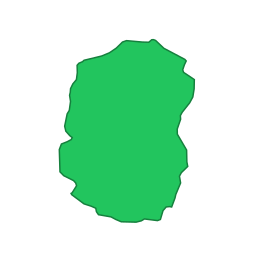 outline of North Macedonia, rotated 294°
{"feature_id": "MKD", "entity_name": "North Macedonia", "entity_type": "country or territory", "adm_level": 0, "iso_a3": "MKD", "parent_name": "Europe", "parent_adm1": "", "projection": "mercator", "projection_center": [21.64, 41.604], "detail": "fine", "context": "isolated", "style": "filled", "palette": "green", "viewbox_px": 256, "rotation_deg": 294, "n_neighbors": 0, "source": "natural_earth", "source_scale": "50m", "svg_char_len": 1077}
<svg xmlns="http://www.w3.org/2000/svg" viewBox="0 0 256 256"><g transform="rotate(294 128 128)"><path d="M116.2,66.7L120.2,67.2L128.9,64.7L134.2,61.3L137.0,60.8L140.6,59.5L145.9,59.7L151.2,61.2L157.9,59.2L164.6,56.0L167.2,56.8L170.1,59.5L172.0,60.3L183.0,74.6L189.1,80.4L196.2,84.8L204.3,88.0L207.2,91.1L212.4,106.3L214.8,112.1L218.3,113.8L219.1,115.4L219.2,117.6L215.4,128.3L213.8,152.0L212.9,153.9L208.8,153.8L203.4,154.3L201.4,156.2L199.2,168.9L190.6,172.5L182.7,174.6L176.1,174.1L164.4,171.1L160.6,170.8L157.4,172.5L147.0,173.4L142.4,175.6L131.7,190.5L120.9,195.6L117.2,198.2L108.9,194.9L104.9,194.6L99.2,198.4L86.6,198.7L83.2,199.4L73.6,200.0L73.1,197.9L71.4,195.0L66.8,193.6L57.6,194.8L55.4,192.6L51.6,180.0L48.6,177.9L45.3,173.7L39.6,160.0L39.5,153.9L39.9,148.7L36.8,136.3L38.7,133.2L41.6,131.2L41.6,126.2L40.8,118.6L44.2,103.7L45.1,102.6L46.0,103.3L54.3,104.5L56.5,102.6L57.8,99.7L58.3,88.7L60.3,83.7L80.4,74.0L86.3,73.7L90.8,78.1L94.4,80.9L96.6,80.9L97.3,78.0L99.8,72.5L103.9,69.4L116.1,66.7L116.2,66.7Z" fill="#22c55e" stroke="#15803d" stroke-width="1.5"/></g></svg>